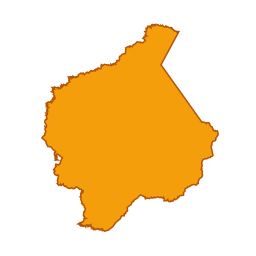 Towong, Victoria, Australia, rotated 255°
{"feature_id": "25037944B17734063205402", "entity_name": "Towong", "entity_type": "district", "adm_level": 2, "iso_a3": "AUS", "parent_name": "Australia", "parent_adm1": "Victoria", "projection": "mercator", "projection_center": [147.729, -36.366], "detail": "fine", "context": "isolated", "style": "filled", "palette": "amber", "viewbox_px": 256, "rotation_deg": 255, "n_neighbors": 0, "source": "geoboundaries", "source_scale": "gbopen_adm2", "svg_char_len": 5695}
<svg xmlns="http://www.w3.org/2000/svg" viewBox="0 0 256 256"><g transform="rotate(255 128 128)"><path d="M34.4,78.7L34.4,82.5L36.8,88.1L39.7,91.4L42.4,97.2L44.8,99.0L44.2,101.7L46.0,102.0L45.9,103.5L46.9,103.7L48.1,106.1L51.5,106.7L53.4,111.3L55.7,113.0L55.5,114.4L56.4,114.5L58.2,119.5L59.9,121.8L60.0,122.8L57.9,125.5L56.7,126.3L56.9,126.9L55.1,126.5L55.2,129.0L54.3,130.2L55.0,132.7L54.3,132.8L53.9,133.9L54.4,135.4L53.6,136.0L53.8,138.6L52.4,141.0L52.8,141.8L51.2,143.5L51.8,144.4L49.6,144.6L48.4,143.9L47.9,146.1L48.7,147.8L47.5,147.4L47.4,148.1L46.4,148.4L45.9,149.7L46.7,150.7L45.7,151.7L46.0,152.9L47.5,154.1L46.5,154.9L46.9,156.6L47.5,158.0L48.4,158.2L48.0,159.0L49.2,160.6L48.7,164.2L51.4,165.1L52.3,166.7L54.2,167.2L54.7,167.9L54.9,169.6L55.7,170.5L55.4,171.2L56.5,175.2L56.4,177.1L55.3,178.8L55.3,179.7L56.2,180.4L56.3,181.6L58.0,181.9L60.4,183.7L61.5,186.6L62.9,187.8L64.8,187.8L66.2,188.5L68.1,188.6L69.1,187.8L70.0,189.0L71.2,188.9L72.6,190.1L74.7,189.9L77.5,191.5L78.5,194.0L77.9,195.9L78.5,198.2L78.2,199.7L78.8,200.2L78.8,201.6L79.5,203.0L88.9,203.5L90.0,204.8L91.2,204.8L93.2,206.4L93.2,209.0L94.1,209.9L95.2,209.9L98.2,213.4L101.5,213.7L102.1,213.5L102.0,212.1L102.9,211.9L103.3,209.9L107.2,209.6L108.0,208.5L110.0,207.8L111.1,208.0L112.3,207.2L112.7,205.7L112.0,204.6L113.4,203.8L114.5,201.8L114.4,200.9L180.5,176.2L208.0,202.1L208.4,201.1L207.4,200.3L208.8,199.8L210.3,197.4L211.2,197.5L212.3,196.5L212.5,195.8L213.3,196.3L213.8,195.8L214.1,194.0L216.6,191.2L216.1,191.1L216.4,190.8L215.8,190.2L216.8,188.6L218.3,188.0L217.8,187.1L218.9,186.1L218.4,185.5L218.9,184.4L220.1,183.7L219.9,182.7L220.3,181.6L220.9,181.6L220.2,180.3L220.8,180.6L221.0,179.4L221.6,178.9L221.5,177.7L220.6,177.7L221.0,177.1L220.5,176.7L220.6,175.9L218.8,176.1L219.5,175.4L219.9,175.8L220.9,174.7L220.4,174.0L221.1,173.5L220.0,172.4L219.1,172.4L218.9,171.6L219.3,171.2L216.8,170.8L216.8,169.2L215.1,169.9L213.8,169.5L213.5,168.6L212.2,169.8L212.5,168.5L211.5,168.2L211.9,167.0L210.6,165.6L210.0,166.6L208.0,167.4L206.4,164.2L207.2,163.2L207.1,162.3L208.0,161.8L207.9,160.9L208.9,159.1L207.3,156.7L207.1,154.7L205.4,153.2L206.7,151.3L205.6,150.6L206.5,150.1L206.3,146.9L200.6,144.7L200.7,141.4L199.3,139.4L199.5,138.8L198.8,138.0L196.3,137.6L195.4,136.2L196.0,135.8L196.0,134.7L194.6,134.3L194.1,132.7L192.7,132.6L193.9,131.0L192.8,130.3L193.7,129.6L193.1,128.9L194.0,128.0L192.8,127.9L193.8,125.4L194.5,125.8L193.9,125.0L195.6,121.6L194.9,119.7L196.1,118.8L195.4,118.2L194.2,118.5L194.1,117.9L192.9,117.7L192.3,117.0L193.7,114.8L193.0,114.7L192.3,113.4L193.1,113.4L193.1,111.8L192.1,111.4L192.7,111.1L192.0,110.1L192.3,109.5L192.0,108.2L192.9,107.5L192.9,106.9L192.2,106.2L192.2,105.2L191.3,104.5L191.4,103.8L192.4,103.3L192.3,102.0L190.9,99.8L191.5,99.7L192.0,98.4L192.7,98.7L192.6,97.2L193.2,96.7L192.3,93.9L190.6,92.9L190.2,90.7L190.5,90.2L190.9,90.6L190.8,89.1L191.4,89.2L192.3,88.1L191.1,87.8L190.4,86.2L191.4,86.6L191.8,85.4L192.3,86.0L192.7,83.7L192.0,84.1L191.3,83.6L191.8,84.1L191.3,84.4L190.9,83.5L190.0,83.9L189.0,83.1L188.5,83.4L188.4,82.8L188.2,83.7L187.5,83.6L187.3,81.9L186.7,81.3L186.9,80.5L185.3,79.9L186.0,79.4L185.7,79.0L186.5,78.9L185.6,78.6L186.1,77.8L185.4,77.9L186.1,77.5L185.8,76.7L186.4,76.7L186.1,76.3L186.7,75.5L185.8,75.8L186.1,74.9L185.4,74.9L185.8,74.3L184.8,74.4L185.1,73.8L184.4,74.0L183.7,73.1L184.3,72.4L184.0,71.4L184.7,71.8L185.6,70.8L185.1,69.6L186.7,67.6L186.3,66.1L186.7,65.2L185.5,65.7L185.4,66.5L185.1,65.8L184.6,66.3L184.8,65.3L184.2,65.0L184.9,64.7L183.9,64.9L183.9,64.1L183.5,65.3L182.6,65.2L182.7,63.7L181.2,65.4L179.9,64.8L180.3,64.2L178.2,65.3L176.9,64.5L176.4,65.5L174.8,64.5L175.4,63.6L174.7,63.2L176.0,63.1L174.8,61.9L172.8,61.4L173.4,60.7L172.6,60.4L173.5,60.1L173.0,59.7L173.7,58.4L173.2,58.0L173.6,57.1L173.2,56.5L172.3,56.5L173.2,55.8L173.0,55.3L170.3,54.8L170.9,55.3L170.6,56.2L169.2,55.7L168.3,56.6L168.2,55.5L166.7,54.4L166.3,55.0L165.7,54.2L165.0,54.7L164.7,53.7L163.0,54.2L162.7,53.1L163.2,52.6L162.1,52.8L161.7,52.3L161.6,53.1L160.5,52.2L158.0,52.2L157.3,51.5L157.7,50.7L156.2,49.4L154.6,49.1L151.5,50.1L149.9,49.2L151.0,48.2L149.4,48.2L148.4,47.4L145.9,47.7L143.9,46.0L142.3,45.6L142.2,44.2L140.7,42.3L136.2,45.4L135.0,45.0L131.0,45.7L129.6,48.8L126.8,49.9L123.8,52.1L123.1,51.6L123.2,50.8L122.7,50.3L120.6,50.0L120.2,51.2L119.6,51.4L119.3,50.2L117.9,50.2L118.4,49.3L117.4,50.1L115.6,49.3L115.5,50.1L116.0,50.5L115.3,52.0L117.1,50.8L118.1,52.0L120.7,51.9L121.1,53.2L116.0,57.0L115.0,55.6L112.3,53.7L111.1,53.5L111.0,52.3L110.2,51.5L111.8,49.0L110.4,48.2L109.7,48.8L106.9,45.2L106.0,46.2L104.9,46.3L104.5,45.0L102.1,45.3L100.6,46.8L100.9,48.0L100.0,48.6L95.5,46.2L93.3,46.1L92.7,45.2L90.5,46.3L90.8,47.4L90.0,48.2L91.1,48.5L90.1,49.1L90.8,51.0L89.4,50.8L87.9,51.9L88.3,51.6L87.6,52.4L88.0,52.8L85.4,54.5L84.6,56.4L84.9,58.1L83.9,58.7L83.4,59.9L83.5,61.0L84.6,62.4L83.1,64.4L81.3,65.4L80.9,66.8L79.3,68.1L79.1,66.9L78.3,66.5L78.0,66.8L78.7,67.7L77.9,68.1L76.6,66.0L77.0,65.5L74.2,64.7L73.9,63.9L73.0,64.7L71.0,63.9L68.6,64.3L67.1,63.7L66.6,64.7L65.5,64.5L64.3,65.7L62.8,65.3L61.4,66.0L58.5,64.5L58.5,63.7L54.8,62.2L53.4,63.2L52.4,62.4L51.6,63.6L51.7,62.3L49.6,61.0L48.9,59.7L49.1,58.5L48.6,57.8L48.9,57.3L48.2,56.9L48.7,56.2L48.3,55.1L47.9,56.3L47.3,55.9L46.5,56.4L47.2,57.7L45.7,57.1L45.6,57.7L46.3,58.1L46.1,58.7L45.4,58.3L44.3,58.2L45.5,58.5L45.6,59.4L44.8,60.1L44.3,59.3L44.5,61.3L43.4,61.6L45.2,62.6L44.6,63.8L44.0,63.7L44.5,64.5L44.1,65.3L43.3,64.8L43.9,66.5L43.1,65.8L42.8,66.6L41.5,66.7L42.3,67.1L41.4,67.3L40.6,68.7L39.6,68.0L39.4,69.6L38.6,69.0L38.2,70.7L38.8,72.3L38.0,72.9L38.2,73.7L37.1,73.8L36.7,75.4L37.6,75.8L37.2,77.2L36.5,76.5L35.5,76.6L35.5,77.6L34.4,78.7Z" fill="#f59e0b" stroke="#b45309" stroke-width="1.5"/></g></svg>